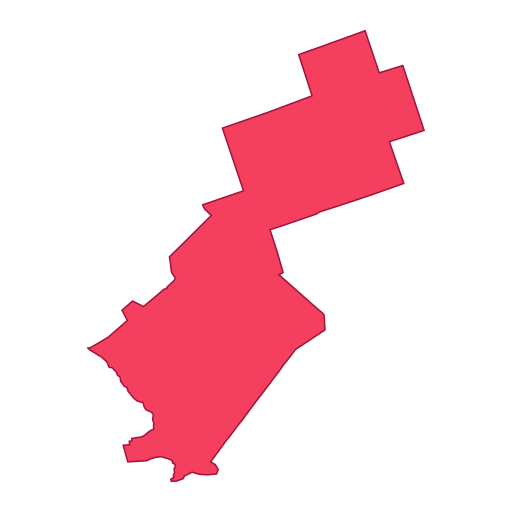 the district of Saelele, Teleorman, Romania
{"feature_id": "2599482B33376379062775", "entity_name": "Saelele", "entity_type": "district", "adm_level": 2, "iso_a3": "ROU", "parent_name": "Romania", "parent_adm1": "Teleorman", "projection": "albers", "projection_center": [24.736, 43.872], "detail": "fine", "context": "isolated", "style": "filled", "palette": "rose", "viewbox_px": 512, "rotation_deg": 0, "n_neighbors": 0, "source": "geoboundaries", "source_scale": "gbopen_adm2", "svg_char_len": 2634}
<svg xmlns="http://www.w3.org/2000/svg" viewBox="0 0 512 512"><path d="M123.2,445.3L127.8,461.9L131.8,461.7L137.4,461.3L141.3,461.1L146.9,460.7L148.4,459.9L148.6,459.8L150.0,459.1L153.2,458.1L155.6,457.3L161.0,456.7L167.7,458.6L172.4,460.5L172.2,461.8L173.0,463.5L174.1,463.2L175.5,466.9L174.1,468.4L174.5,472.6L173.3,475.4L173.8,477.5L170.8,479.1L171.3,481.3L176.5,481.1L183.1,478.7L184.4,476.1L185.2,475.7L192.0,472.2L199.7,474.4L207.7,474.8L213.8,474.2L214.0,474.2L215.5,474.1L216.5,474.0L216.8,473.4L218.2,469.5L215.3,464.6L210.7,461.9L225.7,441.3L230.7,435.1L236.2,427.6L242.1,420.2L247.1,413.5L256.8,400.4L259.7,396.7L263.1,392.3L269.2,384.3L273.4,378.7L276.1,375.2L279.6,370.6L282.8,365.7L287.0,360.6L295.5,349.5L325.0,329.9L325.0,329.5L324.1,315.2L323.2,313.7L313.2,305.1L304.1,297.0L278.9,274.7L279.2,274.5L283.1,272.7L282.7,271.0L277.3,252.2L270.3,230.6L270.0,229.7L280.9,226.2L304.2,218.2L316.7,213.9L319.5,212.0L319.6,211.9L320.6,211.6L334.9,207.0L338.1,206.0L363.6,197.5L372.0,194.7L394.0,186.9L403.8,183.4L389.4,141.7L423.5,130.6L424.1,130.4L413.0,96.6L402.8,65.5L379.2,72.8L368.5,41.0L365.1,30.7L320.3,46.9L299.7,54.2L298.7,54.6L311.6,94.3L312.1,95.8L266.6,112.8L244.4,120.5L222.7,128.0L222.4,128.1L243.2,189.9L243.5,190.8L203.2,204.6L202.6,204.9L203.8,207.6L205.3,209.9L206.5,210.8L211.3,215.4L182.6,243.9L169.7,256.6L169.4,257.0L170.1,261.2L170.2,261.7L171.4,271.6L172.0,273.2L175.5,278.4L173.4,281.2L170.8,283.6L167.3,286.8L166.7,287.3L166.7,288.7L163.9,289.2L155.4,296.6L143.5,306.5L132.5,301.0L123.7,308.8L122.0,310.3L126.1,317.9L127.4,320.4L108.3,337.1L96.4,344.2L90.2,347.7L87.9,348.0L88.5,348.7L89.5,349.7L91.0,350.6L92.7,351.7L98.3,355.2L101.4,356.9L102.5,357.9L103.6,358.9L106.7,361.7L107.9,364.1L108.7,366.6L108.9,367.0L109.5,367.4L111.7,367.7L112.5,367.9L113.4,369.1L115.0,370.7L115.9,371.6L116.8,373.0L117.2,374.7L117.5,375.3L119.3,376.4L119.8,376.9L120.3,378.5L120.5,380.5L120.7,381.4L121.4,382.3L124.0,385.8L124.5,386.5L126.2,387.0L127.2,387.9L127.5,389.1L127.6,390.3L128.6,391.9L130.2,393.8L132.2,396.3L133.8,398.3L137.1,400.9L140.2,402.0L142.0,402.2L143.0,402.9L143.4,403.8L143.9,406.1L144.5,407.5L145.0,408.3L145.9,409.6L146.8,410.1L147.8,410.7L149.2,411.1L150.5,411.8L152.0,412.8L152.8,413.4L153.2,414.7L153.0,417.1L152.6,418.8L152.8,420.0L152.9,420.8L153.3,421.5L153.7,422.9L153.6,425.6L153.5,426.7L153.6,428.1L153.6,428.9L153.2,429.4L152.2,429.8L151.0,430.2L149.6,431.2L147.4,432.8L145.9,434.2L144.6,435.2L144.0,435.6L142.0,436.8L136.8,437.6L133.6,438.1L131.7,438.5L131.9,440.9L129.3,441.2L129.5,444.7L126.4,445.0L124.6,445.1L123.2,445.3Z" fill="#f43f5e" stroke="#9f1239" stroke-width="1.5"/></svg>